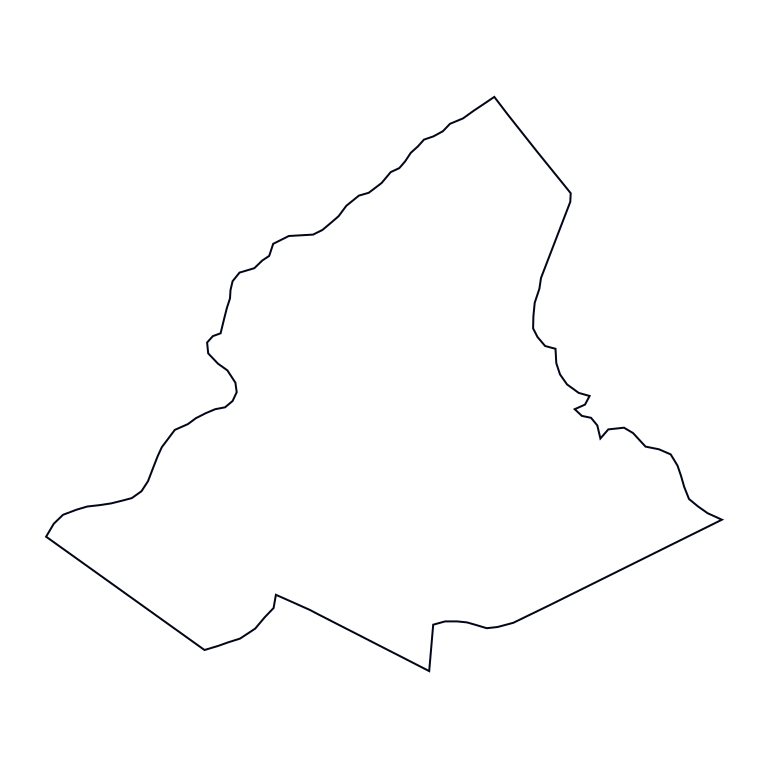 the district of São João do Jaguaribe, Ceará, Brazil
{"feature_id": "56859067B82663693461417", "entity_name": "São João do Jaguaribe", "entity_type": "district", "adm_level": 2, "iso_a3": "BRA", "parent_name": "Brazil", "parent_adm1": "Ceará", "projection": "orthographic", "projection_center": [-38.275, -5.311], "detail": "fine", "context": "isolated", "style": "outline", "palette": "ink", "viewbox_px": 768, "rotation_deg": 0, "n_neighbors": 0, "source": "geoboundaries", "source_scale": "gbopen_adm2", "svg_char_len": 1536}
<svg xmlns="http://www.w3.org/2000/svg" viewBox="0 0 768 768"><path d="M721.9,519.7L707.6,513.2L698.1,506.5L689.0,499.0L684.2,486.9L681.0,475.8L677.5,465.6L670.7,454.4L659.0,449.3L645.5,446.6L633.1,433.1L624.0,427.7L608.3,429.4L600.4,438.5L597.3,425.4L591.0,417.8L581.9,415.9L574.7,409.2L585.0,404.6L589.6,396.0L578.7,392.9L567.0,384.4L560.0,374.4L556.3,363.2L555.5,348.8L545.1,346.0L537.5,337.0L533.1,328.4L533.4,316.3L534.7,302.8L539.4,288.7L541.0,278.0L570.3,201.8L570.7,193.2L536.9,151.4L507.7,114.5L494.3,96.9L473.6,110.8L463.0,118.4L450.0,123.8L442.9,131.2L433.4,136.4L424.0,139.6L418.0,146.3L410.8,152.8L405.1,161.4L399.3,168.1L390.7,172.1L381.6,183.0L368.7,192.8L358.9,195.6L346.3,205.8L338.6,216.2L330.0,223.6L322.5,229.9L313.1,234.6L288.8,236.0L273.2,243.8L269.2,255.9L262.4,260.4L254.3,268.2L239.5,272.6L232.6,281.2L230.5,290.1L230.0,298.4L226.9,307.9L224.1,318.9L220.6,333.3L212.9,336.1L207.1,342.5L208.2,353.4L218.0,363.7L227.4,370.4L235.4,382.7L236.7,392.2L232.6,401.0L225.1,407.3L215.2,409.2L205.7,413.2L195.9,418.2L187.9,424.1L174.8,429.9L161.8,447.2L157.5,456.6L153.3,467.4L148.0,481.2L141.5,491.2L131.8,498.1L122.0,500.7L111.1,503.4L99.9,505.1L87.3,506.5L76.5,509.7L63.0,514.8L53.8,523.7L46.1,536.7L204.5,650.0L218.5,645.8L228.3,642.3L240.0,638.6L255.2,628.6L264.7,617.3L273.6,608.0L275.9,594.8L309.6,609.8L318.0,614.2L429.2,671.1L433.2,624.7L445.1,621.4L457.2,621.4L467.0,622.4L476.4,625.1L486.7,628.2L497.6,627.0L513.3,622.8L547.7,606.1L670.2,545.3L721.9,519.7Z" fill="none" stroke="#020617" stroke-width="2"/></svg>